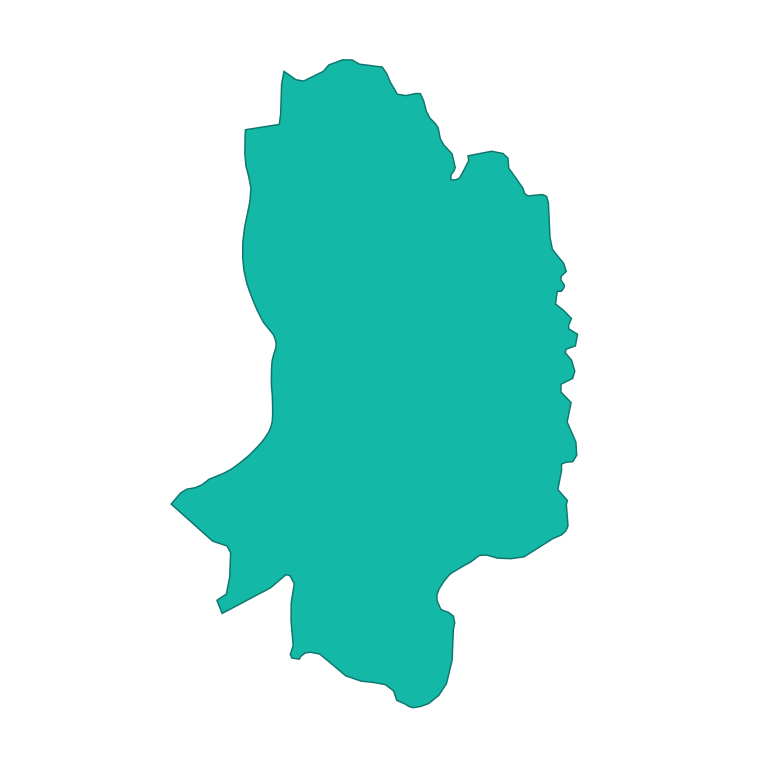 Nuevo Berlín, Río Negro, Uruguay (Equal Earth projection), rotated 6°
{"feature_id": "84410073B28261927215245", "entity_name": "Nuevo Berlín", "entity_type": "district", "adm_level": 2, "iso_a3": "URY", "parent_name": "Uruguay", "parent_adm1": "Río Negro", "projection": "equal_earth", "projection_center": [-58.007, -32.972], "detail": "fine", "context": "isolated", "style": "filled", "palette": "teal", "viewbox_px": 768, "rotation_deg": 6, "n_neighbors": 0, "source": "geoboundaries", "source_scale": "gbopen_adm2", "svg_char_len": 2612}
<svg xmlns="http://www.w3.org/2000/svg" viewBox="0 0 768 768"><g transform="rotate(6 384 384)"><path d="M219.7,145.6L219.9,151.6L221.5,169.2L224.0,181.9L227.5,191.0L231.2,203.2L231.5,216.1L231.1,222.0L230.0,232.2L229.5,237.4L229.0,242.4L228.8,258.0L230.2,272.6L232.8,285.6L234.6,291.0L237.2,298.5L240.4,305.5L246.4,317.2L250.2,324.0L253.4,328.9L257.7,335.3L268.8,346.5L270.7,349.9L272.5,354.9L272.7,358.9L271.1,367.1L270.4,371.7L270.4,377.3L270.7,382.4L271.4,390.2L272.3,398.0L274.1,407.0L275.4,416.5L276.4,425.4L276.8,432.8L276.0,438.4L274.5,443.5L270.8,450.8L269.6,452.7L268.4,454.7L263.5,461.3L257.7,468.6L248.4,478.1L240.8,484.9L233.2,490.0L228.8,492.3L220.0,497.0L213.6,503.2L207.0,506.9L202.8,508.1L201.0,508.6L198.8,509.3L195.8,511.5L192.9,513.9L188.4,520.5L184.9,525.7L230.0,558.2L244.8,561.5L249.1,567.9L250.7,592.1L249.2,609.3L240.5,616.6L247.0,629.1L292.5,598.5L306.5,583.8L310.7,584.6L315.6,591.9L314.6,611.6L316.3,629.1L321.0,653.5L319.1,662.9L321.2,666.2L328.5,666.5L329.1,664.9L330.0,663.2L331.2,662.1L334.0,659.6L338.9,658.5L348.3,659.3L362.7,668.9L376.6,678.3L392.4,681.9L404.3,681.9L416.5,682.7L425.6,688.2L429.8,697.3L438.2,700.0L442.6,702.1L446.7,702.9L454.0,700.9L461.8,697.1L471.0,688.0L477.4,675.6L480.6,651.8L478.7,621.8L478.8,619.7L479.3,614.2L477.4,607.7L471.7,604.2L466.4,603.1L463.9,601.9L459.6,594.2L459.0,591.2L458.7,588.1L460.3,581.9L464.0,574.4L468.4,567.6L470.8,565.0L481.1,557.3L489.1,551.7L496.8,544.5L504.0,543.4L515.1,545.3L528.3,544.5L541.4,541.2L565.9,521.8L567.9,520.2L576.1,515.6L579.8,511.6L581.2,508.5L581.8,505.6L577.9,484.6L578.6,480.7L567.9,470.8L569.6,451.7L568.9,445.1L573.1,442.9L580.0,441.4L583.1,434.6L580.9,421.7L570.1,402.6L572.0,382.9L560.8,373.5L560.1,365.7L571.0,358.7L572.4,351.4L568.1,340.8L560.8,333.8L561.7,330.2L570.3,326.1L571.3,314.3L562.1,309.9L561.4,306.3L563.6,299.3L555.4,292.4L546.2,286.4L546.6,273.7L550.8,273.2L553.0,269.3L552.9,266.7L548.9,261.9L549.2,257.9L553.5,253.0L550.1,245.3L541.2,236.5L537.4,232.4L533.8,221.0L528.5,186.4L526.1,180.5L521.9,179.0L507.3,181.9L503.9,179.7L501.8,175.0L494.6,166.5L485.5,156.3L483.7,146.5L478.2,142.3L466.6,141.3L443.7,148.3L444.9,153.0L441.5,161.9L437.7,171.1L434.1,173.5L429.2,174.0L428.8,169.0L431.4,164.4L432.2,161.2L427.6,148.0L418.2,139.8L414.3,134.1L411.1,123.6L408.0,119.8L401.8,114.7L397.7,108.5L393.8,98.2L389.8,91.4L385.2,91.8L375.7,94.9L367.0,94.4L358.5,82.9L354.3,75.1L349.2,69.0L326.1,68.5L318.5,65.1L308.8,66.0L295.7,72.5L291.0,79.4L272.4,91.1L264.6,90.6L251.9,83.5L250.8,96.2L253.0,126.4L252.7,136.8L237.0,141.0L219.7,145.6Z" fill="#14b8a6" stroke="#0f766e" stroke-width="1.5"/></g></svg>